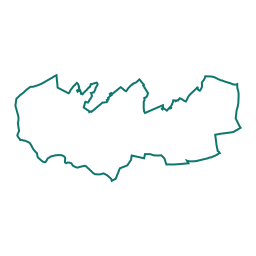 outline of Kumbotso, Kano, Nigeria
{"feature_id": "59680162B97880726687240", "entity_name": "Kumbotso", "entity_type": "district", "adm_level": 2, "iso_a3": "NGA", "parent_name": "Nigeria", "parent_adm1": "Kano", "projection": "albers", "projection_center": [8.511, 11.918], "detail": "fine", "context": "isolated", "style": "outline", "palette": "teal", "viewbox_px": 256, "rotation_deg": 0, "n_neighbors": 0, "source": "geoboundaries", "source_scale": "gbopen_adm2", "svg_char_len": 5440}
<svg xmlns="http://www.w3.org/2000/svg" viewBox="0 0 256 256"><path d="M202.0,84.6L202.0,85.4L202.0,86.3L201.8,87.1L201.3,88.4L200.5,89.8L200.3,90.1L199.8,90.7L199.4,90.5L199.3,90.4L199.0,90.3L198.7,90.1L198.1,89.6L198.0,89.4L197.9,89.2L197.8,88.9L197.8,88.6L197.8,88.4L197.8,88.0L197.8,87.9L197.7,87.6L197.3,87.4L196.9,87.8L196.7,88.2L196.3,88.6L194.0,90.8L192.4,92.2L191.2,93.3L190.2,94.3L189.3,95.3L189.0,95.7L188.2,96.9L187.4,98.6L185.9,101.5L184.4,100.9L183.5,100.3L182.5,99.6L181.1,98.8L180.9,98.8L180.7,98.7L179.7,98.2L179.0,99.3L177.9,100.5L177.3,100.2L177.0,100.6L175.6,101.2L175.4,100.5L173.3,100.3L173.0,101.9L171.8,104.8L171.5,105.4L170.6,106.6L170.2,107.0L170.7,107.5L171.2,107.8L171.1,108.1L169.5,108.5L169.1,108.1L166.9,110.6L163.5,108.2L162.4,109.4L161.8,108.8L163.0,107.3L162.9,105.2L147.0,112.1L146.1,112.5L145.0,113.0L144.7,112.4L144.1,111.4L143.7,107.7L143.7,105.7L143.8,104.2L143.7,101.7L144.5,100.6L144.4,99.2L144.4,98.6L144.3,97.9L145.1,97.7L145.6,97.7L146.1,97.0L146.4,96.7L146.7,96.6L147.1,95.8L148.1,93.2L147.9,93.1L146.8,91.4L146.2,90.4L145.7,89.4L144.9,88.3L144.7,88.2L144.8,87.8L144.2,87.1L143.2,85.5L144.0,84.9L142.4,83.0L141.8,82.3L139.4,79.4L138.2,80.6L137.5,81.2L136.0,82.5L133.5,83.5L133.0,84.0L132.9,83.8L132.0,84.5L130.4,85.9L128.0,88.5L126.8,90.4L126.1,91.2L124.6,90.4L121.2,87.5L120.6,87.2L112.3,93.9L111.5,93.3L111.2,93.0L109.8,94.0L110.0,94.9L110.2,95.3L111.0,95.5L110.2,96.1L108.0,97.9L108.2,98.2L108.3,98.4L108.5,98.6L108.4,98.7L108.5,98.9L108.3,99.0L108.4,99.3L108.5,99.3L107.9,99.5L107.9,99.9L107.4,100.1L107.2,99.9L106.9,100.0L107.4,101.0L107.4,101.5L107.2,101.7L106.8,102.0L106.6,102.2L106.3,102.2L105.6,102.3L104.8,102.3L104.5,102.4L104.1,102.5L103.7,102.6L103.0,102.6L102.6,102.6L102.4,102.6L100.9,104.0L97.6,106.7L96.6,107.5L95.3,108.7L92.3,111.1L91.6,111.8L91.0,111.4L89.3,112.1L89.2,111.5L89.1,111.2L88.4,110.6L88.1,110.4L87.2,110.0L86.2,109.1L84.6,108.2L84.1,107.8L83.7,107.3L85.4,101.8L87.9,102.6L88.8,101.4L89.2,100.5L89.5,100.0L90.0,99.2L90.6,98.5L90.8,98.3L91.0,98.0L91.1,97.7L91.5,97.0L92.0,95.9L91.9,95.6L91.6,94.9L91.6,94.6L91.5,94.2L91.4,93.7L91.0,93.0L91.6,92.9L92.1,92.8L93.0,92.4L93.8,92.4L94.7,90.7L95.3,89.6L95.4,89.2L95.4,88.8L95.7,87.8L96.2,87.0L96.5,86.4L96.9,85.8L97.2,85.3L97.7,84.3L97.3,83.5L97.1,83.1L96.5,82.6L95.7,82.9L94.9,83.1L94.2,83.3L93.4,83.5L92.1,84.1L91.7,84.2L91.3,84.1L91.1,84.1L90.8,84.1L90.0,86.8L89.4,86.9L88.9,87.7L88.7,87.7L88.1,88.2L87.8,88.5L86.8,89.8L84.9,91.6L84.5,91.9L82.9,93.7L82.9,93.9L82.2,94.5L81.8,94.8L81.9,94.7L81.8,94.3L81.7,93.7L81.1,93.8L81.0,93.2L80.9,93.2L80.9,92.8L80.9,92.4L80.8,92.2L80.7,91.8L80.5,91.2L80.2,91.3L80.1,91.2L79.6,91.1L79.5,90.7L78.6,91.0L78.4,90.8L77.7,91.7L77.1,90.8L77.8,90.4L77.7,90.1L79.1,89.9L79.8,89.7L79.1,88.5L78.9,87.4L78.8,87.1L79.1,86.9L78.9,86.4L78.6,85.5L78.4,85.1L78.1,84.2L77.9,83.9L77.4,83.5L77.1,83.2L76.8,82.9L74.7,85.1L74.3,85.4L73.3,86.5L72.9,87.0L72.5,87.6L70.9,89.6L70.4,90.3L69.7,92.0L69.3,92.5L68.6,93.3L67.0,92.5L57.6,87.6L57.5,86.1L57.3,83.8L56.9,80.2L56.5,75.2L56.1,75.4L54.0,76.5L52.3,77.6L48.6,79.7L45.5,81.5L43.4,82.7L42.0,83.5L38.3,85.1L34.6,86.3L32.8,86.8L30.5,86.8L27.0,89.3L24.6,91.5L23.6,92.6L19.9,95.3L19.0,96.3L16.5,98.6L16.4,98.7L16.4,98.8L15.4,105.6L18.5,117.0L18.5,118.2L18.4,119.8L18.4,121.0L17.9,122.7L18.3,126.1L19.1,131.0L17.9,133.5L17.3,135.5L18.4,137.5L19.5,138.7L20.2,140.0L21.8,139.9L23.5,140.5L24.6,140.6L26.7,141.4L29.4,142.7L30.0,143.4L31.5,145.7L32.1,147.1L32.9,148.4L33.6,149.7L34.5,150.7L35.1,151.5L36.0,152.3L36.9,153.1L37.2,154.4L37.3,155.8L37.9,157.4L39.3,158.7L40.8,160.0L42.6,161.5L43.8,162.1L45.5,162.1L46.0,161.3L46.4,160.8L47.3,159.2L47.7,158.4L48.8,157.8L50.6,156.6L52.9,155.9L54.4,155.6L55.7,155.3L57.1,155.2L58.6,155.1L61.7,155.2L63.8,156.2L65.0,157.5L65.2,159.1L64.9,160.8L65.0,162.4L66.1,163.2L67.8,162.5L69.8,162.7L71.4,163.4L71.8,163.9L72.3,164.8L73.0,165.8L74.8,166.7L76.7,167.5L78.2,167.5L79.6,166.9L80.6,166.8L81.4,166.5L82.8,166.2L84.1,165.9L85.1,165.8L86.2,166.4L86.5,166.7L87.6,167.8L88.4,168.5L89.9,169.9L91.7,171.6L93.3,173.2L94.1,173.6L94.7,174.1L95.3,174.2L96.8,174.3L98.0,174.4L100.5,174.3L101.7,173.9L103.5,173.4L105.5,174.4L107.3,175.3L108.2,176.2L111.3,179.0L111.7,180.8L115.7,178.8L118.9,170.8L119.9,168.3L127.3,165.4L131.0,159.9L131.7,155.5L144.1,158.3L145.0,154.1L150.0,154.1L151.3,154.5L153.8,155.4L159.7,155.5L161.3,155.3L164.4,158.4L166.4,164.5L167.5,164.4L173.7,164.5L179.5,164.1L188.4,163.3L187.0,160.7L187.5,160.9L189.3,161.3L190.1,161.3L193.2,161.3L195.4,161.2L197.2,160.9L198.2,160.5L199.2,160.4L202.3,159.6L203.6,159.3L205.5,158.8L206.6,158.6L206.9,158.6L208.1,158.1L210.0,157.4L210.9,157.4L211.5,157.3L211.8,157.2L212.6,156.7L213.9,156.2L216.8,154.9L217.7,154.2L218.4,153.7L219.2,153.2L219.7,153.1L219.0,151.9L217.7,151.0L216.6,145.5L215.2,134.7L217.7,134.3L221.0,133.7L231.8,132.3L233.5,131.9L235.8,130.5L237.0,129.9L240.6,127.8L239.3,125.8L235.7,118.4L236.6,110.5L237.6,107.0L238.3,103.6L238.4,101.0L238.6,96.4L238.6,93.8L238.3,91.5L237.3,87.8L237.2,84.1L236.8,84.3L236.5,84.5L236.3,84.5L235.8,84.6L234.7,84.6L233.9,84.4L233.1,84.4L232.6,84.2L232.1,84.0L231.4,83.6L229.9,83.1L229.4,82.8L228.6,82.8L227.5,82.4L226.5,82.1L224.3,81.4L223.2,80.9L222.0,80.4L221.4,80.5L221.1,80.4L218.1,79.1L217.0,78.5L214.4,77.2L213.2,76.9L211.9,76.6L209.6,76.4L208.6,76.4L205.3,76.3L204.8,78.1L204.4,78.8L204.0,79.7L203.6,80.3L203.2,80.7L202.2,82.0L201.9,82.6L201.9,83.8L202.0,84.6Z" fill="none" stroke="#0f766e" stroke-width="2"/></svg>